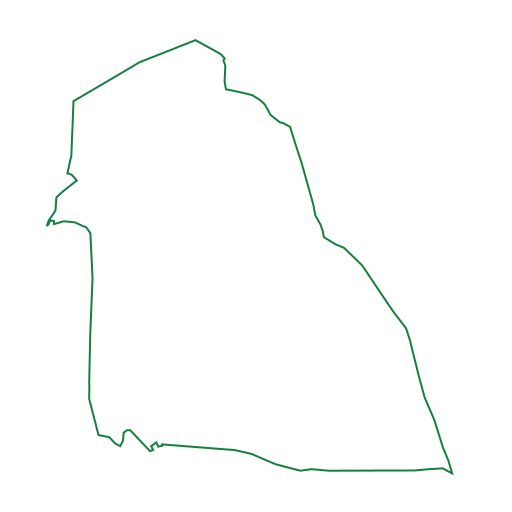 Putu, Grand Gedeh, Liberia (orthographic projection), rotated 94°
{"feature_id": "62588387B18265546179194", "entity_name": "Putu", "entity_type": "district", "adm_level": 2, "iso_a3": "LBR", "parent_name": "Liberia", "parent_adm1": "Grand Gedeh", "projection": "orthographic", "projection_center": [-8.216, 5.686], "detail": "fine", "context": "isolated", "style": "outline", "palette": "green", "viewbox_px": 512, "rotation_deg": 94, "n_neighbors": 0, "source": "geoboundaries", "source_scale": "gbopen_adm2", "svg_char_len": 1728}
<svg xmlns="http://www.w3.org/2000/svg" viewBox="0 0 512 512"><g transform="rotate(94 256 256)"><path d="M121.4,238.5L121.1,241.3L118.9,244.6L114.3,251.3L107.0,256.0L104.3,257.7L100.4,262.5L95.9,270.7L94.9,275.9L94.5,278.3L94.1,280.8L94.0,281.3L92.8,289.9L91.8,297.6L84.1,299.5L71.1,299.8L68.2,299.9L66.8,300.5L63.5,302.1L62.4,301.7L61.9,301.5L61.1,301.0L57.1,305.2L44.9,331.5L58.9,360.7L70.9,385.8L79.1,397.6L109.1,441.3L114.3,448.9L132.0,448.3L145.9,447.9L153.2,447.7L168.2,447.2L171.9,447.7L186.9,449.9L186.9,448.3L187.9,445.4L190.6,442.6L191.9,441.2L193.3,440.1L194.3,441.2L200.1,447.7L204.7,452.8L211.5,459.2L224.7,459.2L235.1,465.2L240.6,466.8L238.9,465.2L236.7,464.4L234.9,464.3L235.3,460.0L238.3,459.7L234.8,450.3L234.9,443.8L235.2,438.4L238.5,430.2L238.9,427.7L243.8,423.6L244.8,422.8L245.7,422.7L288.8,417.6L290.0,417.5L345.7,415.9L356.2,415.4L394.9,413.5L396.6,413.2L410.0,412.5L418.1,409.8L444.5,401.0L445.6,400.6L447.0,389.7L452.7,383.6L454.1,380.5L455.2,378.2L452.9,377.2L449.6,375.9L444.3,375.7L443.2,375.7L441.4,375.7L438.7,372.4L438.7,369.1L441.4,366.2L458.1,348.1L456.7,345.1L453.0,347.3L448.9,342.4L453.0,340.2L451.9,336.4L450.5,336.5L451.0,276.3L451.1,263.4L453.7,246.8L459.1,231.5L462.4,221.8L464.6,210.0L467.1,196.7L466.0,191.6L464.8,185.7L465.1,167.9L461.3,116.4L458.9,82.8L456.6,68.8L454.8,54.8L457.4,49.3L459.2,45.2L446.5,49.9L433.7,56.3L422.4,60.7L407.1,66.7L391.8,74.6L385.6,77.8L364.2,85.3L329.2,96.6L317.6,101.3L301.9,115.2L281.1,131.5L280.3,132.1L257.9,149.5L241.7,168.8L238.8,177.5L232.4,189.7L227.2,190.9L220.2,193.8L211.5,199.6L210.1,200.0L208.9,200.3L203.4,201.7L200.5,202.5L160.0,217.0L138.5,225.7L126.6,230.3L124.8,231.0L121.4,238.5Z" fill="none" stroke="#15803d" stroke-width="2"/></g></svg>